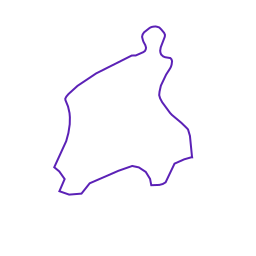 outline of Monastir, rotated 135°
{"feature_id": "TUN-117", "entity_name": "Monastir", "entity_type": "Governorate", "adm_level": 1, "iso_a3": "TUN", "parent_name": "Tunisia", "parent_adm1": "", "projection": "mercator", "projection_center": [10.678, 35.624], "detail": "fine", "context": "isolated", "style": "outline", "palette": "violet", "viewbox_px": 256, "rotation_deg": 135, "n_neighbors": 0, "source": "natural_earth", "source_scale": "10m", "svg_char_len": 1095}
<svg xmlns="http://www.w3.org/2000/svg" viewBox="0 0 256 256"><g transform="rotate(135 128 128)"><path d="M103.4,61.9L104.1,62.6L110.4,66.1L120.3,69.9L139.8,63.0L143.0,63.8L146.1,65.6L152.0,71.1L148.4,76.4L146.5,84.4L148.2,92.5L151.9,98.2L165.0,104.5L194.2,116.0L207.3,114.5L216.7,122.5L221.2,131.8L208.9,136.7L207.3,145.9L207.9,152.4L181.0,162.4L173.7,166.6L166.6,171.8L161.5,176.7L158.8,179.9L155.2,185.6L152.5,192.0L151.6,193.1L149.4,193.8L146.1,194.1L133.9,193.5L111.8,189.1L74.1,176.6L71.2,173.8L63.5,170.8L61.5,170.5L59.8,171.1L58.5,172.0L57.7,173.4L57.2,174.3L56.1,178.0L55.4,179.5L53.6,182.5L51.5,183.8L49.0,184.3L42.3,183.5L41.0,183.2L39.5,182.5L38.1,181.5L36.7,180.3L35.8,178.9L34.9,177.2L34.8,176.6L34.8,174.1L35.2,169.7L36.0,167.7L37.5,166.5L47.8,161.9L50.6,159.9L51.8,158.3L52.6,156.5L52.5,153.7L51.7,151.8L48.6,147.5L48.7,145.8L49.6,144.1L52.3,142.0L54.2,141.0L56.0,140.4L63.3,138.8L74.8,134.7L80.0,131.4L82.7,129.2L84.3,126.3L85.6,122.1L87.6,109.0L87.7,106.2L86.6,93.7L86.5,86.3L86.6,84.5L89.8,78.6L102.6,63.0L103.4,61.9Z" fill="none" stroke="#5b21b6" stroke-width="2"/></g></svg>